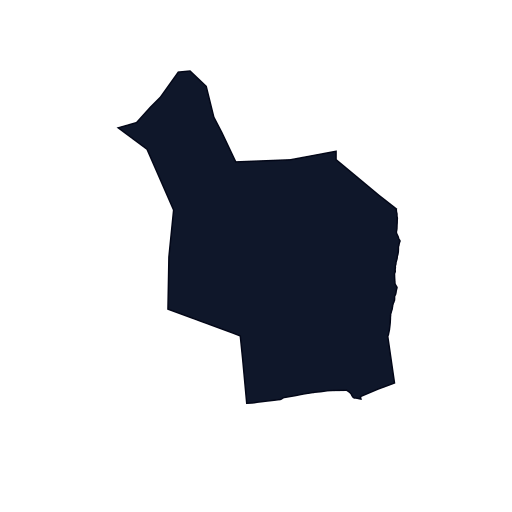 Altanshiree, Dornogovi, Mongolia, rotated 301°
{"feature_id": "93677404B41959814318318", "entity_name": "Altanshiree", "entity_type": "district", "adm_level": 2, "iso_a3": "MNG", "parent_name": "Mongolia", "parent_adm1": "Dornogovi", "projection": "mercator", "projection_center": [110.515, 45.523], "detail": "fine", "context": "isolated", "style": "filled", "palette": "ink", "viewbox_px": 512, "rotation_deg": 301, "n_neighbors": 0, "source": "geoboundaries", "source_scale": "gbopen_adm2", "svg_char_len": 3166}
<svg xmlns="http://www.w3.org/2000/svg" viewBox="0 0 512 512"><g transform="rotate(301 256 256)"><path d="M125.0,323.9L128.1,328.5L129.4,330.2L131.6,332.7L133.1,334.7L134.5,336.5L137.4,340.2L138.9,342.2L140.9,344.8L142.3,346.6L144.3,349.1L145.2,350.4L145.6,350.8L146.1,351.2L146.8,351.6L148.2,352.2L149.3,353.1L150.1,354.1L152.7,357.1L153.8,358.4L155.6,360.5L156.9,362.0L158.0,363.2L159.5,364.8L160.6,366.0L161.1,366.6L162.4,368.0L163.8,369.7L164.7,370.7L165.5,371.8L167.0,373.5L168.0,374.7L168.6,375.6L169.5,376.5L170.2,377.5L172.1,380.1L173.2,381.6L177.4,386.7L179.6,390.0L180.7,391.7L185.4,399.3L187.6,402.8L187.5,405.3L187.2,407.3L186.8,408.6L185.8,410.1L185.5,410.7L185.1,411.5L184.9,412.2L184.9,412.6L184.9,413.4L185.5,414.3L186.3,416.3L186.7,417.6L187.4,419.6L189.3,417.9L204.7,429.1L218.5,440.1L255.0,410.3L256.8,410.0L257.8,409.6L259.6,409.0L261.0,408.5L261.6,408.3L262.2,408.0L263.8,407.3L264.9,406.8L265.8,406.4L268.1,405.3L269.4,404.6L271.5,403.5L272.3,403.0L273.7,402.3L274.1,402.0L274.3,402.0L274.4,401.9L274.6,401.9L274.8,401.8L275.2,401.5L275.6,401.2L276.7,401.1L277.3,400.9L278.3,400.6L278.9,400.4L279.3,400.3L279.7,400.3L280.1,400.2L281.0,399.9L282.1,399.4L283.0,399.1L284.0,398.6L285.2,398.3L285.9,398.1L286.5,397.9L287.0,397.9L287.6,397.9L288.1,397.7L288.8,397.6L289.4,397.5L290.2,397.1L290.8,396.8L291.4,396.4L291.9,396.1L292.3,395.9L292.7,395.6L293.0,395.5L293.5,395.5L294.8,395.4L295.4,395.3L295.9,395.1L296.8,394.8L298.2,394.2L298.7,394.0L299.1,393.9L299.6,393.7L300.4,393.5L301.1,393.3L301.5,393.2L301.9,392.8L302.0,392.6L303.0,390.7L303.5,389.9L304.0,389.3L304.3,389.0L304.7,388.8L305.5,388.3L306.1,387.8L307.2,387.1L308.2,386.4L309.1,385.8L309.7,385.4L310.2,385.1L310.7,384.8L311.1,384.5L311.6,384.2L311.8,384.0L312.1,383.9L312.4,383.8L312.7,383.7L313.4,383.6L313.9,383.5L314.3,383.4L314.7,383.2L315.0,383.0L315.2,382.8L315.5,382.6L316.1,382.2L316.8,381.9L317.9,381.4L318.4,381.1L318.7,380.8L319.1,380.6L319.5,380.4L319.8,380.4L320.1,380.3L320.6,380.2L321.0,380.1L321.5,379.9L322.1,379.5L322.6,379.3L323.1,379.2L324.0,378.9L326.0,378.4L326.8,378.1L327.2,377.9L327.9,377.6L328.4,377.3L328.8,377.1L329.2,377.1L329.9,376.9L330.7,376.7L331.4,376.4L332.2,376.1L333.3,375.6L335.3,374.5L336.8,373.6L337.2,373.4L337.7,373.2L338.3,373.1L338.7,373.0L339.0,372.9L339.5,372.7L339.9,372.5L340.2,372.4L340.9,372.2L341.7,372.0L342.2,371.9L342.5,371.9L342.8,371.8L343.0,371.7L343.4,371.3L343.6,370.8L343.9,370.1L344.1,369.6L344.5,369.2L345.6,368.1L346.2,367.2L346.7,366.5L347.2,365.7L347.6,365.1L348.2,364.5L348.5,364.2L348.9,363.9L349.5,363.7L350.6,363.3L352.0,362.7L353.8,361.7L355.2,360.9L355.8,360.6L356.6,360.2L357.7,359.6L358.9,358.9L360.0,358.3L361.0,357.8L361.7,357.3L362.3,356.7L363.1,356.1L363.6,355.8L364.0,355.6L364.4,355.3L365.0,354.9L365.4,354.5L365.9,353.9L366.7,353.3L367.4,352.8L368.0,352.3L368.3,352.1L368.6,352.1L371.3,330.1L379.8,275.0L387.0,270.7L356.0,235.7L326.2,190.2L344.1,163.3L353.3,148.3L375.7,126.0L380.6,104.2L373.6,94.7L342.9,92.3L329.3,88.9L308.8,84.9L294.9,71.9L291.4,107.6L253.0,161.7L210.4,181.8L165.1,207.9L178.1,276.1L179.4,283.7L160.7,297.7L125.0,323.9Z" fill="#0f172a" stroke="#020617" stroke-width="1.5"/></g></svg>